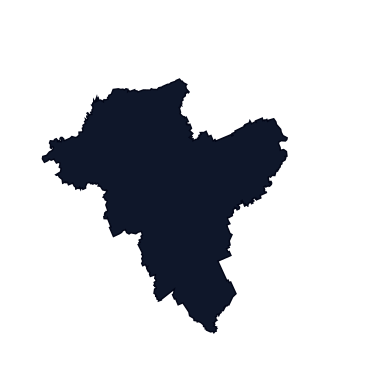 outline of Hilltops, New South Wales, Australia, rotated 238°
{"feature_id": "25037944B92973083305975", "entity_name": "Hilltops", "entity_type": "district", "adm_level": 2, "iso_a3": "AUS", "parent_name": "Australia", "parent_adm1": "New South Wales", "projection": "albers", "projection_center": [148.539, -34.416], "detail": "fine", "context": "isolated", "style": "filled", "palette": "ink", "viewbox_px": 384, "rotation_deg": 238, "n_neighbors": 0, "source": "geoboundaries", "source_scale": "gbopen_adm2", "svg_char_len": 6072}
<svg xmlns="http://www.w3.org/2000/svg" viewBox="0 0 384 384"><g transform="rotate(238 192 192)"><path d="M62.5,136.1L61.1,136.0L61.6,137.4L61.2,138.8L62.7,139.3L63.0,140.5L63.4,140.1L64.4,141.3L66.9,139.4L67.7,141.1L69.3,141.0L68.9,141.5L70.0,142.7L70.1,145.2L71.0,144.8L73.8,145.9L73.5,147.0L74.9,148.4L74.6,149.5L73.1,149.3L74.3,151.0L74.4,152.8L75.7,153.5L74.9,155.7L76.5,158.3L77.2,158.0L77.6,159.5L77.1,159.6L77.6,160.9L76.9,161.3L77.3,162.6L76.7,163.4L81.5,170.9L82.4,175.4L95.2,177.1L95.5,175.5L98.2,175.9L98.3,174.5L119.7,177.3L117.6,191.4L121.8,192.0L122.0,190.7L125.7,191.2L125.3,194.2L127.2,194.5L126.9,196.2L130.8,197.6L134.6,203.3L136.7,202.2L143.6,203.4L145.6,204.1L145.0,207.3L149.2,207.6L151.6,208.6L150.8,210.0L150.6,213.7L152.3,214.4L152.5,216.1L155.6,217.7L155.2,220.1L156.0,220.2L154.9,221.1L153.0,220.8L152.7,223.1L154.0,224.3L156.9,223.9L156.1,228.6L158.4,229.0L158.3,230.1L154.0,229.7L153.8,230.8L153.1,230.6L153.3,229.4L152.2,229.2L152.1,231.6L150.5,231.9L150.4,232.7L150.7,232.0L151.5,232.1L152.2,234.0L153.3,234.2L152.8,234.2L152.4,236.5L150.6,236.3L150.4,237.8L151.9,238.0L151.6,239.7L152.4,239.8L153.5,238.4L154.2,239.7L153.9,242.3L152.4,242.1L152.3,243.2L151.2,242.7L150.5,247.2L153.0,248.0L152.1,254.7L152.9,254.8L153.0,253.8L155.4,253.8L155.3,254.7L158.3,255.6L158.1,257.4L157.2,257.3L156.8,260.5L156.0,260.4L155.9,261.3L156.4,263.3L157.5,263.4L157.4,264.3L159.1,264.6L159.4,264.0L157.6,263.7L157.8,262.7L159.6,263.0L159.7,262.4L164.2,264.5L164.3,265.5L163.0,266.5L163.7,268.7L162.1,271.0L164.4,273.4L165.0,274.8L164.5,275.5L165.6,276.1L165.1,277.0L166.1,278.2L166.5,279.9L168.2,281.4L168.3,283.2L169.9,284.2L169.9,287.9L171.5,289.8L172.8,289.8L172.1,291.5L176.3,293.5L179.4,292.2L180.5,289.0L183.2,290.3L187.2,290.9L188.5,292.3L188.3,294.8L185.8,298.3L186.2,300.1L187.5,301.4L191.6,299.0L195.4,299.3L198.2,300.4L204.5,299.4L207.1,300.3L210.8,300.1L212.3,294.8L211.7,294.7L211.8,293.5L213.9,293.9L214.2,291.2L214.8,291.3L215.0,289.9L217.4,290.7L218.6,283.6L217.4,283.4L218.0,283.0L218.3,278.7L221.7,278.8L220.3,277.2L221.0,272.7L220.4,272.7L220.6,271.4L219.8,271.3L220.9,260.8L219.8,260.5L220.3,257.0L218.3,256.7L218.5,255.4L219.9,255.6L222.6,239.0L225.0,239.4L223.8,239.0L224.1,237.0L229.9,238.0L230.4,235.3L236.0,236.1L236.1,233.6L238.0,230.5L236.0,230.2L236.3,227.9L234.9,227.7L235.0,226.6L234.1,226.4L234.5,225.4L233.6,225.2L234.5,223.3L234.9,220.0L236.6,221.1L237.1,219.8L239.8,218.5L240.2,220.0L238.6,220.8L238.9,221.4L240.4,220.7L241.2,223.7L245.5,222.4L246.3,225.3L250.6,226.1L250.6,224.2L251.9,224.5L252.2,223.2L254.1,224.2L253.7,226.2L258.6,226.7L258.6,225.1L260.0,225.3L261.0,224.2L264.8,223.3L265.7,224.5L270.5,226.0L270.3,227.1L271.6,228.3L271.0,228.8L272.2,228.8L272.1,230.0L274.6,231.1L274.7,233.0L276.8,233.9L277.1,237.2L279.4,238.8L278.9,239.7L279.4,240.5L278.0,241.5L278.4,242.5L282.6,241.8L285.4,242.9L286.0,244.5L289.2,242.6L291.1,242.4L291.2,241.7L294.4,241.2L295.0,237.6L294.6,236.6L295.7,232.0L295.4,230.0L296.3,228.2L297.1,222.4L296.5,221.3L297.4,220.8L298.0,219.0L297.3,216.8L299.7,213.2L301.1,212.2L300.6,210.4L304.3,204.8L305.5,199.2L306.7,199.0L308.3,197.2L309.1,197.6L310.2,192.5L311.3,192.2L311.1,190.6L313.0,192.1L314.5,190.7L314.4,188.7L315.8,187.9L316.7,185.9L318.5,184.2L320.7,179.5L317.6,175.4L318.0,172.7L316.7,171.7L316.9,170.6L315.2,170.1L316.1,167.0L316.9,166.4L316.6,165.1L315.5,164.6L318.4,163.2L319.0,161.6L321.5,162.3L320.7,160.6L322.9,161.5L320.6,158.6L319.3,159.6L319.5,157.2L321.9,157.3L320.3,156.3L319.8,154.8L318.7,153.9L318.9,153.0L317.1,153.2L315.2,152.3L314.5,150.6L312.9,150.1L313.2,148.3L310.9,148.1L312.0,145.8L314.4,145.5L314.4,144.7L311.4,145.1L311.2,144.3L312.1,143.1L311.4,142.5L309.5,142.8L308.6,141.1L310.3,140.4L308.9,140.0L308.7,138.3L306.6,138.2L306.3,134.9L304.3,134.3L304.2,132.8L301.8,132.1L301.0,130.8L302.6,127.9L300.0,126.4L299.5,123.2L300.1,121.8L302.7,119.5L302.2,117.2L303.0,111.3L303.5,110.7L304.9,111.3L307.0,110.8L307.7,109.9L307.4,108.6L305.3,108.9L304.1,107.8L304.6,106.7L306.1,106.8L305.5,105.4L306.0,104.6L306.9,105.4L309.1,105.1L309.3,103.3L308.4,101.7L310.5,99.0L309.0,97.1L307.2,97.3L304.6,95.4L303.6,95.8L304.6,97.3L304.3,98.0L303.2,98.1L302.1,97.0L301.2,95.5L301.5,92.3L300.1,88.1L301.2,84.3L299.4,82.7L295.4,82.6L295.0,86.3L295.6,88.1L293.6,89.5L293.1,92.4L288.4,92.4L288.0,94.5L286.7,95.3L285.7,95.1L283.4,92.6L281.4,93.6L278.7,91.1L278.8,85.6L278.0,85.9L277.4,87.6L275.0,87.4L271.5,88.6L268.0,87.0L267.5,90.2L266.7,90.0L266.1,91.6L263.6,91.1L262.8,95.6L259.4,95.3L258.0,95.9L256.1,95.1L255.8,97.5L255.0,98.0L255.7,99.3L253.4,99.0L253.8,99.4L253.5,101.2L252.1,100.9L251.7,103.8L253.2,104.6L255.3,107.7L254.5,110.1L252.5,110.7L252.4,112.3L251.3,112.1L250.8,114.7L249.5,114.8L249.3,116.7L247.5,116.7L246.9,115.6L245.3,117.4L241.2,117.4L239.2,119.3L239.4,120.1L238.1,120.8L236.3,117.7L236.3,115.9L235.1,115.4L234.7,113.9L233.1,114.7L231.4,114.2L229.7,115.3L228.6,115.0L226.7,112.1L221.1,110.8L220.2,109.5L220.9,108.7L220.0,107.7L220.5,107.2L219.4,106.0L218.3,106.4L217.9,104.2L216.0,103.4L214.4,105.7L215.1,106.6L205.3,104.8L205.6,103.3L195.9,101.8L195.1,108.4L195.1,111.0L195.9,112.5L195.4,115.6L192.2,115.1L189.8,116.4L189.9,118.6L186.4,122.2L186.5,125.3L185.4,128.3L181.6,127.1L181.5,125.3L178.9,124.9L179.2,121.7L176.8,121.3L177.0,120.0L175.8,119.8L176.0,118.5L166.5,117.6L165.7,116.2L164.2,116.5L163.2,115.8L162.1,114.1L159.4,113.6L158.1,111.5L155.6,111.2L155.2,114.1L152.4,113.7L152.2,114.8L151.1,113.1L147.5,112.8L147.4,113.4L148.7,113.6L145.8,113.6L144.7,112.4L142.5,112.0L141.3,117.2L138.4,114.6L137.3,115.0L135.4,114.4L135.4,112.1L134.1,111.9L133.0,110.3L132.2,111.1L131.6,110.4L130.6,111.1L129.2,110.6L129.5,108.9L126.2,106.1L124.4,107.0L122.7,105.9L122.2,106.7L119.6,105.6L118.4,106.7L117.3,105.8L116.7,108.7L117.2,108.8L119.1,125.7L115.5,122.5L115.3,121.1L110.6,120.4L110.4,121.6L103.7,120.5L102.9,125.5L91.9,125.8L88.3,124.4L83.9,126.6L82.0,125.7L80.1,127.9L79.1,127.6L78.5,129.2L76.4,130.4L73.3,131.4L71.8,130.6L70.6,131.6L69.0,130.8L68.8,131.4L67.3,131.1L63.6,133.6L62.5,136.1Z" fill="#0f172a" stroke="#020617" stroke-width="1.5"/></g></svg>